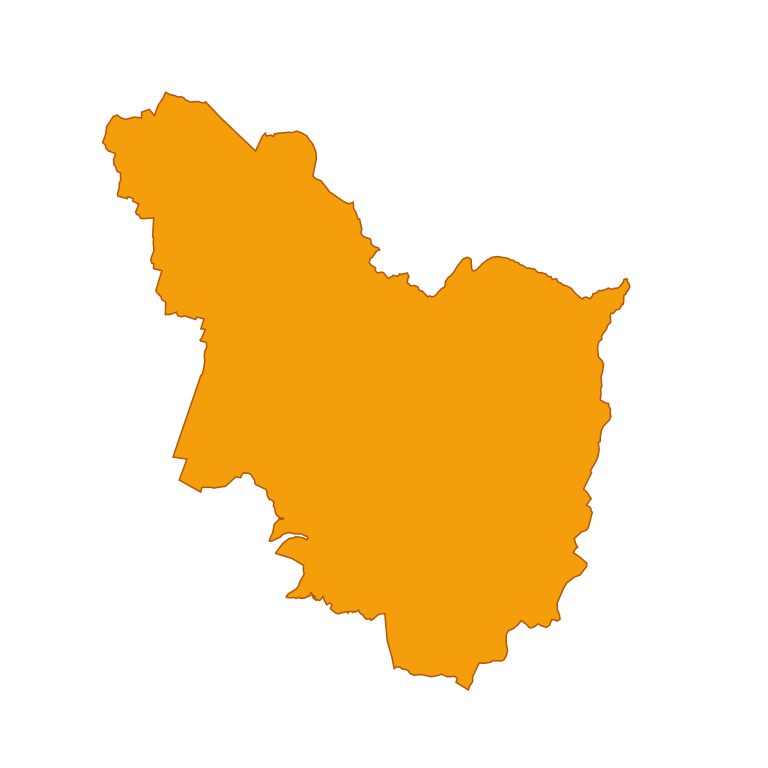 Nikhom Phatthana, Rayong, Thailand, rotated 174°
{"feature_id": "78962969B93638644331760", "entity_name": "Nikhom Phatthana", "entity_type": "district", "adm_level": 2, "iso_a3": "THA", "parent_name": "Thailand", "parent_adm1": "Rayong", "projection": "natural_earth1", "projection_center": [101.132, 12.84], "detail": "fine", "context": "isolated", "style": "filled", "palette": "amber", "viewbox_px": 768, "rotation_deg": 174, "n_neighbors": 0, "source": "geoboundaries", "source_scale": "gbopen_adm2", "svg_char_len": 6132}
<svg xmlns="http://www.w3.org/2000/svg" viewBox="0 0 768 768"><g transform="rotate(174 384 384)"><path d="M247.4,496.0L257.8,498.9L263.3,498.7L268.8,496.3L273.0,493.8L279.9,488.1L283.1,486.9L284.4,488.0L284.7,489.5L284.4,498.6L284.8,499.6L288.0,501.4L292.6,499.9L299.3,492.8L302.1,488.9L307.0,484.2L308.7,483.5L311.5,480.4L312.4,479.0L312.3,477.4L313.7,474.0L316.8,472.9L324.1,466.3L326.9,465.6L329.6,466.9L331.4,466.1L336.2,472.4L339.1,473.3L340.2,477.0L343.7,478.9L346.0,478.6L348.5,479.8L348.8,481.2L349.9,481.5L350.0,483.9L349.1,486.6L348.0,488.0L349.1,492.0L355.9,491.2L356.8,491.9L359.1,489.6L363.7,491.2L364.3,490.1L366.4,489.8L367.9,488.7L369.3,489.3L372.3,494.1L374.3,495.5L379.2,495.3L380.8,497.8L380.2,499.8L380.9,501.0L384.2,503.4L386.0,506.1L384.5,510.3L382.6,511.0L377.6,516.8L376.1,517.6L374.3,517.7L375.3,519.9L379.2,521.6L381.9,524.2L382.2,529.4L389.0,532.8L390.9,535.4L391.1,536.8L389.9,540.3L391.0,550.7L392.5,550.8L394.1,557.9L395.8,561.7L395.6,568.0L399.7,566.8L404.7,569.3L418.7,581.4L419.4,583.3L425.5,592.8L430.0,595.0L433.0,598.2L427.7,615.1L427.5,620.1L427.9,623.9L429.9,630.3L433.3,635.4L434.8,638.8L439.8,642.4L444.5,644.7L449.6,643.5L451.9,644.3L465.7,644.4L466.7,644.1L468.2,641.8L470.6,643.4L475.1,642.9L475.7,645.9L478.9,643.3L487.4,629.1L519.4,666.8L531.9,683.3L533.3,682.4L536.1,682.8L539.0,684.4L547.2,684.7L549.9,686.1L552.7,688.4L553.0,689.5L555.8,691.0L558.7,690.9L563.3,693.3L566.0,693.8L570.8,697.0L573.4,692.0L579.6,684.6L584.3,674.9L588.7,681.7L596.6,679.7L597.3,674.0L604.8,675.6L612.7,674.1L617.4,675.9L621.6,679.6L622.8,678.6L624.9,678.8L632.9,669.0L634.7,661.5L638.6,653.5L636.1,650.7L635.8,647.2L633.7,644.6L627.2,641.4L627.9,638.6L629.5,635.6L629.6,630.0L628.6,629.1L627.1,623.3L624.1,621.5L624.6,614.2L626.4,611.1L626.7,607.2L629.2,600.7L628.9,598.7L620.0,595.1L619.0,597.1L614.0,594.5L614.7,592.1L609.0,588.5L613.1,580.9L612.4,579.8L612.5,578.4L610.3,577.9L608.8,574.3L606.6,573.6L595.7,573.3L598.8,554.3L597.9,553.3L598.7,548.9L598.9,540.4L602.3,534.0L603.1,530.9L602.4,530.1L602.3,528.4L600.6,527.7L601.1,522.8L593.1,519.9L601.2,500.6L599.5,497.5L596.5,493.8L596.3,491.4L592.5,488.2L594.2,475.8L588.8,475.6L582.9,477.2L582.0,473.5L578.3,471.9L575.4,472.7L564.5,467.8L563.3,470.1L556.2,467.6L560.4,458.0L556.3,457.1L556.3,456.5L560.2,449.1L562.4,446.7L561.9,445.9L557.1,444.3L556.4,443.5L556.3,441.9L556.6,438.6L558.5,435.9L559.7,431.6L559.8,425.9L561.6,418.4L563.8,412.4L565.3,411.5L601.5,333.4L587.8,329.9L597.7,309.9L577.5,295.6L576.2,299.7L575.5,300.1L567.1,299.4L563.9,298.3L552.2,298.9L541.5,306.9L536.1,305.9L536.1,307.1L532.8,310.7L531.1,309.5L529.4,309.9L526.2,308.3L522.6,301.7L522.7,298.7L521.9,297.3L512.3,291.4L511.6,289.1L511.9,287.2L511.5,284.5L510.0,280.9L508.5,281.0L505.9,278.1L506.8,274.1L505.8,272.5L505.5,267.9L504.7,265.3L502.2,262.1L497.9,260.8L499.0,260.0L502.5,260.6L503.0,259.7L507.0,256.8L508.0,255.5L510.0,248.3L514.6,240.2L513.7,239.4L512.2,239.5L503.0,242.7L500.3,245.1L494.4,246.3L488.5,244.3L482.0,243.6L478.2,241.1L476.7,240.8L475.8,239.0L476.7,237.1L481.5,239.8L485.7,240.9L488.5,241.3L489.1,240.5L494.4,240.3L501.3,236.1L509.4,227.3L509.5,226.8L493.8,220.1L483.0,212.0L483.7,207.6L483.3,203.2L488.3,196.2L489.8,192.4L492.8,189.3L501.0,185.4L503.3,183.1L503.3,182.1L500.8,181.3L496.0,181.0L493.9,180.0L490.7,180.7L489.8,179.7L485.7,179.3L482.7,180.3L481.8,181.2L480.0,180.8L479.0,183.6L478.1,184.0L477.2,182.1L477.9,181.4L476.6,179.3L476.7,178.6L475.8,179.1L476.2,180.8L474.7,179.7L476.3,178.2L474.4,176.1L473.7,176.1L473.2,176.9L471.4,175.5L470.4,175.6L468.2,177.3L466.9,179.1L466.0,175.3L464.0,170.4L461.1,171.9L459.1,170.3L459.0,169.2L460.7,166.8L460.5,165.8L456.0,161.3L453.8,160.2L445.2,161.5L443.9,161.2L444.3,160.1L443.9,159.8L442.8,161.3L439.2,160.9L438.6,160.0L437.6,161.0L436.3,160.2L432.9,161.8L432.8,160.4L431.6,158.5L429.0,156.4L428.6,154.9L426.3,152.0L422.5,152.0L421.7,150.4L419.4,151.2L414.3,155.0L410.8,155.8L407.2,155.5L407.6,128.1L404.7,111.7L403.6,99.8L401.2,101.3L397.7,100.9L395.4,98.4L391.5,97.6L390.2,96.5L388.3,93.3L384.5,91.3L376.9,91.1L367.5,87.9L361.9,88.3L357.3,89.4L351.4,86.2L343.8,85.8L341.9,83.3L343.6,79.8L332.1,71.0L330.2,75.1L327.6,77.8L326.7,79.9L326.7,83.1L318.9,96.1L317.7,96.5L314.3,95.8L309.6,95.9L307.1,96.2L304.6,97.5L296.1,96.3L293.6,97.1L291.1,100.5L289.0,105.7L289.5,114.1L288.7,121.1L288.0,123.1L286.1,125.6L281.2,127.1L275.7,130.7L272.3,134.4L267.3,129.9L265.7,127.3L263.8,126.0L260.4,126.6L255.6,129.4L252.9,127.2L248.0,125.0L244.5,126.8L241.9,132.1L240.1,132.0L236.3,130.1L233.4,131.8L233.7,136.3L235.2,141.8L234.6,148.1L226.9,161.9L223.0,167.1L214.8,172.2L209.1,173.4L201.7,181.3L200.9,184.5L206.2,190.2L213.3,196.6L211.3,199.5L208.5,201.5L209.9,204.8L211.0,210.4L202.8,216.4L198.9,217.1L197.0,218.3L195.5,220.6L190.2,234.7L191.2,235.7L191.3,238.4L192.2,240.1L195.5,242.4L190.0,248.2L193.6,255.5L196.6,258.5L186.8,274.2L187.8,276.2L181.1,285.2L178.9,289.3L176.9,296.0L176.9,303.7L175.1,304.1L174.1,310.1L172.4,315.7L170.2,319.1L163.6,324.7L161.8,328.1L162.1,331.5L161.5,335.2L162.0,337.2L162.8,338.6L162.7,341.2L165.8,342.1L170.7,345.6L169.2,351.3L169.1,356.1L167.6,359.2L167.5,368.3L165.5,372.9L163.5,380.9L164.4,382.4L164.4,383.7L168.0,388.8L167.8,397.5L167.3,399.9L165.8,403.7L162.5,405.8L162.9,407.9L161.9,410.0L157.0,415.3L155.4,419.0L152.1,421.6L151.8,428.3L151.1,430.6L150.2,430.8L148.8,430.1L145.3,433.5L142.8,433.5L140.8,435.3L138.9,438.5L137.9,438.1L137.0,440.8L136.2,447.1L134.0,448.1L133.2,450.6L132.4,450.5L129.4,454.7L129.9,458.2L131.5,461.1L130.9,462.4L132.1,463.5L134.5,462.8L135.5,460.1L140.0,455.6L141.9,455.0L145.4,455.1L146.5,454.3L150.1,455.2L151.0,456.1L152.1,455.3L156.6,454.1L160.6,454.5L163.9,452.1L166.7,451.9L167.1,450.5L169.9,447.2L174.0,449.4L176.6,448.9L177.2,447.9L178.5,448.1L184.4,454.3L187.7,459.5L192.5,462.6L196.0,463.9L197.6,466.0L200.3,467.0L201.4,470.7L205.6,470.3L206.8,473.4L208.9,473.4L211.8,476.7L214.3,477.4L215.0,478.2L217.9,478.4L219.6,479.2L222.5,482.7L223.7,483.2L226.1,483.4L227.4,484.3L229.6,484.0L233.7,487.5L236.8,488.9L237.2,490.2L240.8,491.7L242.3,493.4L245.9,494.3L247.4,496.0Z" fill="#f59e0b" stroke="#b45309" stroke-width="1.5"/></g></svg>